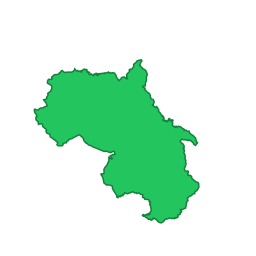 Mezquital del Oro, Zacatecas, Mexico, rotated 125°
{"feature_id": "50627088B62290449256091", "entity_name": "Mezquital del Oro", "entity_type": "district", "adm_level": 2, "iso_a3": "MEX", "parent_name": "Mexico", "parent_adm1": "Zacatecas", "projection": "natural_earth1", "projection_center": [-103.336, 21.194], "detail": "fine", "context": "isolated", "style": "filled", "palette": "green", "viewbox_px": 256, "rotation_deg": 125, "n_neighbors": 0, "source": "geoboundaries", "source_scale": "gbopen_adm2", "svg_char_len": 5828}
<svg xmlns="http://www.w3.org/2000/svg" viewBox="0 0 256 256"><g transform="rotate(125 128 128)"><path d="M175.7,198.7L176.1,194.0L176.4,193.6L177.8,193.3L178.6,191.9L178.7,191.0L178.0,188.6L179.9,186.5L179.7,183.7L180.0,182.5L179.6,181.1L180.2,178.8L180.0,177.7L180.4,177.0L182.3,176.7L182.5,176.4L182.6,174.9L180.2,171.7L179.2,171.5L178.4,172.0L177.8,172.0L176.5,171.3L175.4,170.0L174.3,170.3L172.1,169.6L171.5,169.8L170.6,169.4L169.0,167.9L166.0,166.6L161.6,164.1L161.4,163.2L161.8,160.9L161.7,159.9L162.2,158.8L163.6,156.9L164.3,154.7L164.4,153.2L164.1,152.7L164.5,150.6L163.6,147.5L163.6,146.2L161.0,134.6L160.7,133.8L159.5,132.6L158.2,128.1L155.3,126.5L155.3,125.3L157.1,123.6L157.9,124.1L157.9,124.4L158.5,125.2L161.1,126.5L162.1,123.2L162.8,123.7L163.2,125.8L162.8,126.8L163.6,126.6L164.4,125.7L166.8,124.5L168.3,124.6L169.3,124.1L170.7,124.0L174.0,124.3L175.9,123.9L177.7,122.3L179.3,121.7L180.0,122.1L180.8,123.6L181.2,123.7L181.9,123.0L182.1,121.9L183.5,119.6L186.8,116.2L187.0,112.8L185.8,111.4L185.1,109.9L184.6,108.1L184.8,107.4L186.3,106.1L187.3,104.5L189.6,98.8L189.5,98.2L190.9,97.7L190.9,96.4L190.5,96.1L188.6,96.0L188.3,95.6L188.6,95.2L188.4,94.6L187.7,94.9L187.1,94.6L186.8,93.9L186.2,94.0L186.1,93.6L185.6,94.0L185.2,93.5L184.0,93.2L183.3,93.1L182.9,93.5L182.3,90.8L177.4,87.4L177.4,85.4L176.5,84.4L176.6,83.1L175.3,82.3L175.0,81.9L175.1,80.3L174.9,79.1L174.3,78.1L174.5,77.2L175.8,76.8L176.4,76.3L176.0,74.8L176.7,73.5L174.9,70.0L175.1,68.9L176.1,68.5L175.9,67.2L176.2,66.8L177.0,67.1L177.5,66.2L178.5,66.2L178.6,65.1L182.4,61.5L184.2,61.6L184.9,61.1L185.2,61.4L185.7,60.9L186.1,61.7L186.5,61.7L186.8,61.1L187.2,61.2L187.7,61.9L187.2,62.5L188.3,62.7L188.2,63.4L189.4,63.6L190.2,64.8L189.9,65.5L191.0,66.1L191.4,66.0L191.4,64.6L190.7,63.9L191.0,62.2L190.7,60.4L191.1,58.8L190.0,57.5L190.3,56.2L189.3,55.9L189.0,55.3L188.5,55.2L187.5,55.6L187.4,55.1L186.7,54.6L187.0,53.6L186.6,52.5L187.0,51.9L187.2,50.2L187.5,49.9L187.3,47.9L186.7,46.4L184.8,45.5L183.4,45.2L182.5,45.4L180.8,44.8L180.7,44.4L180.3,44.3L179.8,43.6L177.8,42.2L177.4,41.4L177.3,40.5L176.2,39.3L175.6,38.0L174.8,38.3L174.5,38.0L174.6,37.4L174.3,37.0L173.7,37.1L172.8,36.0L171.8,36.2L170.6,37.2L169.2,35.9L168.0,36.0L167.7,36.6L166.0,36.0L165.7,36.1L165.5,37.0L164.7,38.2L164.0,37.0L160.5,34.9L154.4,37.6L153.1,37.2L151.5,39.1L148.8,38.5L147.1,37.4L144.3,36.7L143.5,35.7L141.6,36.7L139.8,35.6L135.8,36.0L133.1,38.2L132.5,39.1L133.1,42.1L132.7,46.2L132.6,47.0L131.5,47.8L131.0,49.2L131.3,50.2L132.1,50.9L132.2,51.7L131.7,51.7L131.3,53.0L129.5,53.1L129.1,53.5L128.9,54.2L129.3,54.9L130.3,55.5L130.4,56.3L130.1,57.1L129.0,58.5L128.1,59.0L126.7,58.8L125.8,59.4L123.9,59.9L123.4,60.8L121.3,62.2L120.5,63.6L118.9,64.5L117.4,65.9L116.1,68.2L114.5,68.6L113.7,69.4L113.5,70.4L113.0,71.1L112.5,71.2L112.2,70.6L110.2,72.0L110.2,72.9L109.4,74.1L109.7,74.6L109.2,77.2L108.8,77.6L106.4,77.6L105.4,75.0L104.5,74.3L104.1,72.2L103.4,72.0L103.5,71.1L102.7,70.4L102.4,69.8L102.8,66.1L103.6,64.6L103.6,62.8L100.3,62.5L99.7,64.4L97.6,66.8L96.9,69.7L97.0,73.3L96.5,74.9L95.6,76.2L96.1,76.4L96.7,77.9L96.5,79.1L97.4,80.3L97.2,80.6L97.6,80.7L96.9,81.3L97.1,84.4L96.8,85.5L97.3,85.8L97.4,87.5L98.8,88.2L98.9,89.4L99.8,89.0L100.3,89.3L100.4,90.1L100.0,90.5L100.4,91.0L100.2,91.6L100.6,92.0L100.0,93.4L99.2,94.0L98.4,94.0L98.0,94.9L97.2,95.5L96.3,95.3L95.8,96.0L96.1,96.8L97.2,96.7L97.6,97.1L96.6,98.9L96.7,99.8L97.2,100.0L98.3,98.9L98.8,99.7L100.1,99.2L100.5,99.8L100.0,100.9L100.1,101.4L101.1,101.4L101.6,102.2L100.7,102.8L101.3,103.7L100.7,103.8L100.4,104.3L99.6,104.0L98.4,105.4L98.2,106.1L98.8,106.4L98.4,106.6L98.0,108.1L98.0,108.7L97.2,110.1L96.8,112.6L95.6,113.1L94.2,116.3L94.0,116.8L95.3,117.0L95.4,121.0L95.1,121.2L94.4,120.6L94.0,121.0L93.1,121.0L91.5,121.6L90.2,123.7L90.7,124.8L90.7,125.9L89.9,127.3L88.7,128.1L88.4,129.0L87.6,129.7L87.5,134.0L87.0,135.1L87.0,136.3L85.9,136.7L85.6,137.2L86.0,139.2L85.0,139.7L84.5,139.3L83.7,138.0L81.8,139.2L77.9,140.5L76.7,141.6L75.5,142.2L73.1,142.9L71.4,145.1L70.7,146.7L70.7,148.7L71.0,149.4L70.6,150.3L70.6,151.8L70.0,153.2L70.1,154.5L68.4,154.6L67.6,155.1L65.4,155.1L64.8,155.3L64.6,156.4L67.6,159.0L68.9,158.9L72.7,159.9L73.9,158.9L75.3,158.5L77.1,158.7L78.3,158.9L78.5,159.9L79.5,160.4L80.8,159.2L84.9,159.8L85.7,159.3L86.5,158.3L86.8,158.5L87.4,158.0L88.0,156.9L88.6,157.5L88.3,160.3L89.5,161.6L90.8,162.2L91.8,161.9L94.4,162.7L93.0,166.6L91.6,168.2L91.6,169.1L90.9,169.8L90.8,170.8L91.7,172.5L93.0,173.5L92.8,174.4L93.7,175.4L93.4,176.2L95.0,176.8L96.1,178.6L96.9,178.5L97.1,179.4L97.6,179.6L97.9,180.5L99.4,181.6L99.5,182.2L100.0,182.2L100.1,182.8L100.7,183.3L100.9,183.9L101.1,183.4L101.2,183.8L101.7,183.4L101.8,183.8L102.1,183.6L102.0,184.0L102.6,184.2L102.0,185.5L102.3,185.5L102.6,186.1L103.3,186.0L103.6,186.7L104.7,186.1L105.0,187.0L104.8,189.4L105.4,189.1L106.4,190.5L106.4,191.0L105.8,191.4L104.6,191.6L104.6,192.3L105.6,193.4L104.0,194.8L104.0,195.9L104.7,196.2L104.8,197.6L107.4,198.7L108.0,198.8L108.5,198.1L109.0,198.2L108.6,199.9L109.9,200.7L109.9,202.4L110.8,203.0L110.2,205.5L111.3,205.0L111.7,205.3L112.8,205.2L114.8,206.4L116.0,208.4L119.0,212.0L118.7,214.9L119.4,215.4L121.2,215.3L122.0,215.9L123.0,215.3L125.1,217.0L126.1,218.5L126.9,219.0L130.0,219.7L130.6,219.4L131.0,218.5L131.6,218.5L132.4,219.0L133.6,220.9L134.3,221.1L136.3,220.6L137.4,219.7L137.5,219.1L137.1,216.3L137.3,214.7L138.7,213.4L140.2,212.6L140.4,212.9L142.3,212.5L145.7,213.6L146.7,212.5L147.7,212.2L148.9,212.4L150.7,211.5L152.0,212.0L152.6,212.9L153.3,213.3L154.5,209.5L156.1,207.0L156.6,207.1L159.0,208.8L160.2,209.0L161.9,211.2L165.1,212.2L165.7,213.3L165.8,214.9L166.4,215.3L166.8,215.2L168.6,213.6L170.0,210.0L170.8,209.3L171.9,209.7L173.7,208.4L174.1,207.9L174.3,206.0L174.9,204.7L176.4,203.4L175.5,202.9L175.0,202.0L174.0,201.1L174.2,200.1L175.7,198.7Z" fill="#22c55e" stroke="#15803d" stroke-width="1.5"/></g></svg>